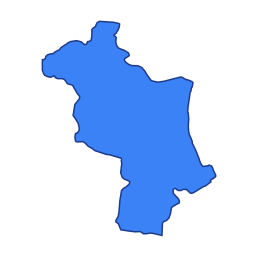 outline of Santa María Ixhuatán, Santa Rosa, Guatemala, rotated 186°
{"feature_id": "79465075B67666952430364", "entity_name": "Santa María Ixhuatán", "entity_type": "district", "adm_level": 2, "iso_a3": "GTM", "parent_name": "Guatemala", "parent_adm1": "Santa Rosa", "projection": "robinson", "projection_center": [-90.258, 14.147], "detail": "fine", "context": "isolated", "style": "filled", "palette": "blue", "viewbox_px": 256, "rotation_deg": 186, "n_neighbors": 0, "source": "geoboundaries", "source_scale": "gbopen_adm2", "svg_char_len": 2664}
<svg xmlns="http://www.w3.org/2000/svg" viewBox="0 0 256 256"><g transform="rotate(186 128 128)"><path d="M81.0,184.2L97.2,178.2L103.1,176.7L108.9,177.3L110.5,178.2L114.4,182.6L117.5,186.7L120.8,189.7L124.6,190.9L131.0,190.5L134.3,191.5L136.8,192.9L138.6,194.9L138.6,196.8L137.7,197.3L134.5,199.9L134.4,200.5L135.0,202.0L135.4,202.7L139.8,204.9L142.9,205.6L145.9,206.6L147.8,208.6L149.1,212.0L149.2,216.8L150.3,217.9L151.3,218.1L151.7,219.2L149.4,221.3L149.2,222.6L148.2,224.1L147.3,227.4L147.2,230.5L148.0,231.0L153.7,231.6L167.5,231.1L169.7,229.6L171.1,225.4L173.2,223.7L174.2,222.2L174.1,220.7L173.6,216.3L173.8,211.5L174.5,211.0L175.0,210.3L177.2,209.7L178.0,207.0L178.8,206.6L180.1,206.5L183.6,208.8L188.2,209.5L194.3,207.9L195.2,207.2L196.6,206.5L197.5,205.4L199.3,204.0L203.0,201.0L204.4,198.7L206.8,197.1L208.0,196.4L210.5,193.9L213.0,193.6L216.0,192.1L217.3,190.4L217.3,188.8L217.9,188.1L218.5,187.3L220.3,187.1L219.3,176.8L217.6,173.2L216.4,171.8L214.0,170.8L210.5,170.3L207.0,172.1L206.2,171.8L205.5,170.5L203.2,169.7L198.4,170.2L196.2,169.5L192.7,165.6L188.4,165.0L187.4,164.4L182.1,157.1L181.1,156.1L179.3,154.2L179.5,151.6L180.1,150.9L181.3,148.9L183.3,146.0L183.9,134.6L181.7,132.3L178.7,128.3L177.9,127.3L176.4,122.4L176.6,119.8L177.2,118.8L178.9,117.1L179.7,116.9L179.8,113.3L178.9,109.7L178.4,109.2L177.6,108.8L171.4,109.7L169.4,108.8L165.6,105.6L161.9,104.1L158.5,102.0L146.3,99.4L143.7,99.5L131.6,97.2L131.1,96.4L131.2,94.5L130.5,92.1L130.6,82.7L128.8,78.8L128.2,77.9L126.0,76.7L121.1,75.2L120.6,74.1L120.8,72.8L121.7,71.5L124.1,68.9L126.1,67.6L127.9,65.1L128.5,54.8L128.2,44.2L128.5,39.1L129.6,36.6L130.3,35.0L130.3,33.4L127.6,31.8L124.5,26.0L116.1,25.6L110.1,25.5L105.0,26.3L101.4,24.4L97.9,24.9L95.8,25.7L92.7,25.9L83.0,24.7L83.8,37.2L82.7,38.7L80.2,39.9L79.3,41.0L77.9,42.6L76.8,47.3L76.5,52.8L75.6,54.4L71.7,57.2L69.3,58.7L69.3,61.0L69.8,61.8L71.4,63.8L73.4,65.3L76.2,67.9L76.6,71.4L75.5,72.7L74.3,72.8L72.2,71.3L70.8,71.1L68.4,71.5L66.8,72.8L63.4,73.0L59.7,70.1L59.0,69.8L58.2,69.7L57.4,69.9L56.7,70.2L55.9,70.7L55.4,71.1L54.6,71.6L46.9,77.6L45.0,78.4L39.9,83.1L40.3,83.5L40.5,84.3L40.3,84.9L37.8,86.8L36.0,88.6L35.7,89.1L35.8,89.9L36.0,90.6L36.4,91.2L38.9,95.3L39.4,96.7L40.8,98.8L43.4,99.6L45.1,98.6L49.4,97.6L51.0,99.1L52.7,101.6L54.4,105.4L57.1,110.6L59.5,114.9L62.3,119.3L63.0,122.0L64.9,125.5L66.2,127.6L66.9,129.7L67.2,130.5L67.8,133.6L68.3,137.1L68.5,143.2L69.7,149.3L70.3,150.0L70.4,153.0L70.5,155.3L69.9,170.2L69.3,171.1L69.2,173.2L69.0,174.6L68.6,175.2L68.3,177.0L68.2,178.3L68.1,179.8L69.1,180.8L70.7,181.3L72.2,181.8L74.1,182.1L75.8,182.4L79.4,184.1L81.0,184.2Z" fill="#3b82f6" stroke="#1e3a8a" stroke-width="1.5"/></g></svg>